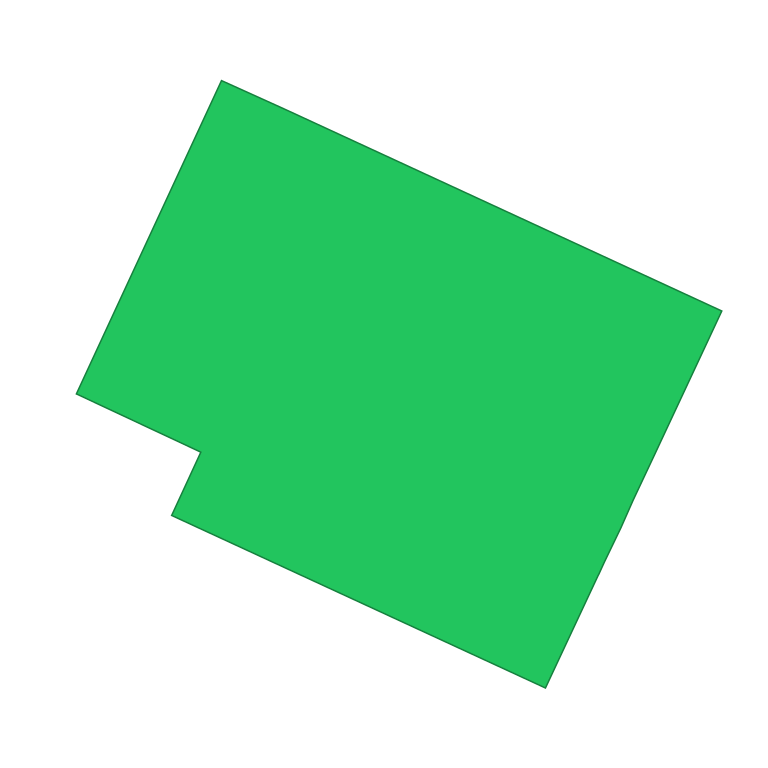 Paulding, Ohio, United States of America, rotated 205°
{"feature_id": "52423323B38130377602201", "entity_name": "Paulding", "entity_type": "district", "adm_level": 2, "iso_a3": "USA", "parent_name": "United States of America", "parent_adm1": "Ohio", "projection": "albers", "projection_center": [-84.657, 41.121], "detail": "fine", "context": "isolated", "style": "filled", "palette": "green", "viewbox_px": 768, "rotation_deg": 205, "n_neighbors": 0, "source": "geoboundaries", "source_scale": "gbopen_adm2", "svg_char_len": 375}
<svg xmlns="http://www.w3.org/2000/svg" viewBox="0 0 768 768"><g transform="rotate(205 384 384)"><path d="M109.2,176.7L109.2,176.8L109.0,301.1L108.9,302.2L109.0,315.7L108.5,353.9L109.1,384.1L108.9,434.9L108.7,561.0L108.7,592.9L590.7,591.1L659.5,590.3L658.8,313.8L658.6,245.0L521.2,244.8L520.9,175.1L109.2,176.7Z" fill="#22c55e" stroke="#15803d" stroke-width="1.5"/></g></svg>